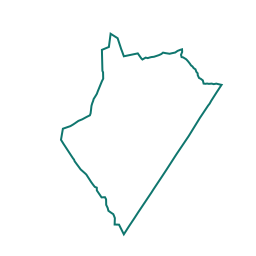 Maria Helena, Paraná, Brazil (Equal Earth projection), rotated 29°
{"feature_id": "56859067B83221867435385", "entity_name": "Maria Helena", "entity_type": "district", "adm_level": 2, "iso_a3": "BRA", "parent_name": "Brazil", "parent_adm1": "Paraná", "projection": "equal_earth", "projection_center": [-53.224, -23.591], "detail": "fine", "context": "isolated", "style": "outline", "palette": "teal", "viewbox_px": 256, "rotation_deg": 29, "n_neighbors": 0, "source": "geoboundaries", "source_scale": "gbopen_adm2", "svg_char_len": 1519}
<svg xmlns="http://www.w3.org/2000/svg" viewBox="0 0 256 256"><g transform="rotate(29 128 128)"><path d="M187.6,67.1L187.6,63.9L188.2,54.1L188.9,44.9L187.3,45.4L183.7,46.4L181.7,48.1L179.7,48.6L177.3,50.2L175.6,50.8L174.3,51.8L172.6,52.5L170.4,50.1L167.7,49.7L165.9,49.8L163.4,48.0L162.4,46.4L160.5,45.7L158.6,44.0L156.4,43.8L154.5,42.9L152.8,42.7L151.1,41.8L148.3,40.6L145.7,39.7L144.0,39.6L142.0,39.5L140.5,40.0L138.9,38.3L138.5,35.2L137.1,33.0L135.9,34.2L134.0,36.5L132.7,39.1L129.6,41.8L128.4,42.9L126.2,43.7L124.6,44.3L122.1,45.1L121.3,47.1L119.7,49.3L116.2,53.1L114.1,54.6L112.8,55.8L111.4,57.3L109.3,57.9L107.4,61.1L105.9,60.7L100.4,58.0L89.6,67.3L85.5,63.7L83.8,62.3L75.4,54.5L67.1,54.0L72.0,66.4L67.3,72.3L77.9,90.4L79.2,91.4L82.4,96.9L82.5,99.7L83.8,110.7L84.2,113.2L84.1,115.9L83.9,119.3L84.4,121.4L84.7,123.6L85.3,126.3L86.8,129.9L88.2,133.4L88.5,135.4L86.5,138.3L83.7,142.7L81.2,145.8L78.4,151.4L76.7,154.3L74.8,156.4L71.4,160.2L75.1,170.8L79.2,173.1L94.6,181.2L96.1,181.8L97.5,183.0L106.7,187.2L109.4,187.8L112.1,188.4L114.1,188.9L122.1,193.2L124.9,194.5L127.5,195.6L129.6,195.3L131.0,197.7L138.5,201.5L141.4,199.7L143.4,201.0L146.2,205.8L149.0,207.8L151.0,209.9L154.5,210.3L156.9,210.5L158.2,211.5L160.2,213.2L163.1,218.9L167.0,216.9L175.9,223.0L176.5,213.5L177.3,203.8L177.8,196.6L179.8,172.9L180.0,169.5L180.3,165.7L181.0,157.1L181.2,154.6L181.9,145.5L183.0,128.9L183.2,126.2L185.0,105.7L185.5,94.9L186.0,84.1L186.2,81.8L187.2,69.6L187.6,67.1Z" fill="none" stroke="#0f766e" stroke-width="2"/></g></svg>